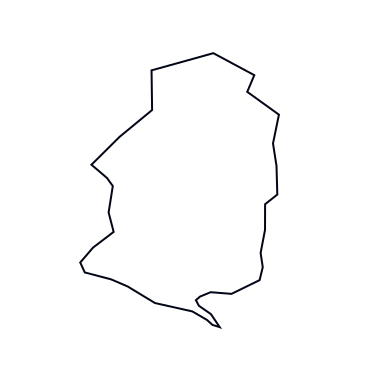 the border of Salas, rotated 219°
{"feature_id": "LVA-5727", "entity_name": "Salas", "entity_type": "Municipality", "adm_level": 1, "iso_a3": "LVA", "parent_name": "Latvia", "parent_adm1": "", "projection": "natural_earth1", "projection_center": [25.678, 56.484], "detail": "fine", "context": "isolated", "style": "outline", "palette": "ink", "viewbox_px": 384, "rotation_deg": 219, "n_neighbors": 0, "source": "natural_earth", "source_scale": "10m", "svg_char_len": 596}
<svg xmlns="http://www.w3.org/2000/svg" viewBox="0 0 384 384"><g transform="rotate(219 192 192)"><path d="M224.7,62.0L234.5,66.9L233.9,86.6L227.8,111.7L243.9,123.6L257.3,146.8L267.0,149.4L287.3,149.9L283.0,189.3L274.6,230.6L300.0,261.1L262.8,313.3L217.1,322.0L212.1,304.6L173.1,306.8L159.6,280.7L142.7,265.4L124.1,243.7L127.5,228.5L111.4,208.5L100.3,187.8L89.7,178.1L84.0,166.1L97.2,137.7L114.4,125.9L119.9,115.9L120.9,110.4L115.0,107.9L100.4,109.0L85.4,104.4L92.5,101.6L99.8,102.0L116.6,99.4L150.9,82.4L182.5,78.1L199.9,73.2L224.7,62.0Z" fill="none" stroke="#020617" stroke-width="2"/></g></svg>